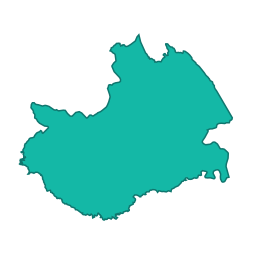 Sanamxay, Attapu, Laos, rotated 275°
{"feature_id": "54806243B21104398525557", "entity_name": "Sanamxay", "entity_type": "district", "adm_level": 2, "iso_a3": "LAO", "parent_name": "Laos", "parent_adm1": "Attapu", "projection": "robinson", "projection_center": [106.401, 14.728], "detail": "fine", "context": "isolated", "style": "filled", "palette": "teal", "viewbox_px": 256, "rotation_deg": 275, "n_neighbors": 0, "source": "geoboundaries", "source_scale": "gbopen_adm2", "svg_char_len": 5724}
<svg xmlns="http://www.w3.org/2000/svg" viewBox="0 0 256 256"><g transform="rotate(275 128 128)"><path d="M46.5,73.9L45.7,77.4L44.4,78.4L44.1,80.5L43.5,82.1L42.0,82.8L42.1,83.9L41.8,84.9L39.4,88.8L39.3,90.1L38.6,89.8L37.8,90.9L37.9,92.0L37.5,93.6L38.6,94.9L37.6,97.4L37.9,98.1L38.6,98.3L39.0,98.8L37.8,100.2L35.4,100.7L36.4,102.4L37.8,102.0L38.3,102.3L37.7,104.0L38.0,104.8L39.7,105.5L40.3,105.4L40.6,105.7L40.3,106.3L39.1,107.4L39.1,107.9L38.5,108.1L38.1,108.8L36.5,108.3L36.4,108.7L37.0,109.1L37.0,109.5L35.8,110.5L34.7,110.9L34.2,112.1L34.4,112.6L35.3,113.0L35.0,114.0L35.3,115.2L36.1,115.6L36.4,116.1L36.4,118.0L35.8,119.1L37.1,120.0L37.3,120.8L38.0,120.4L37.5,122.1L36.8,122.5L36.2,124.0L37.8,125.3L38.6,123.6L39.3,123.2L39.7,123.6L40.9,123.1L41.5,124.5L40.5,124.4L41.1,125.5L40.8,126.3L41.7,126.2L41.3,127.0L41.8,127.8L42.8,127.7L42.4,129.2L42.6,130.4L43.9,130.7L44.4,132.0L45.1,133.2L45.1,133.9L45.5,134.4L44.9,135.1L46.0,136.4L46.9,136.3L47.5,135.7L49.1,136.0L49.8,136.5L50.5,136.3L52.6,139.8L54.3,139.6L54.2,140.4L54.5,140.9L57.0,141.7L58.0,141.5L59.8,139.2L61.8,140.4L62.0,142.4L61.4,144.5L60.5,145.6L60.6,146.7L61.4,146.9L62.1,148.0L63.3,148.8L63.1,150.9L63.4,151.6L64.8,151.0L66.0,152.2L66.3,154.6L67.7,155.1L68.1,155.9L68.2,157.0L68.8,157.9L68.8,160.1L68.5,161.1L67.9,162.0L66.5,163.1L68.2,164.2L67.6,167.4L67.9,168.9L67.7,171.7L69.0,173.9L68.4,176.4L70.3,176.6L71.2,177.2L72.1,179.0L73.2,180.1L74.8,183.1L77.9,185.6L79.4,186.2L79.8,187.6L81.1,188.5L80.8,189.9L81.1,190.5L82.0,189.3L82.7,189.5L83.3,190.1L83.5,191.3L82.3,192.6L82.3,194.6L82.6,196.0L84.0,198.1L84.1,199.0L83.9,200.2L84.5,201.7L87.0,202.3L87.2,202.8L87.1,204.6L87.5,205.2L90.7,204.6L92.0,206.0L91.5,209.7L91.0,210.5L90.1,210.5L86.8,208.9L86.1,208.9L85.3,209.5L85.2,211.4L85.6,214.3L84.9,218.1L85.4,218.8L86.5,219.0L90.1,216.8L91.7,216.8L92.8,217.5L93.8,219.2L94.2,220.8L93.9,222.0L93.0,222.9L90.2,224.3L87.3,224.3L85.2,224.7L82.8,226.1L82.4,226.9L82.6,228.1L83.3,229.1L87.1,230.8L87.8,232.9L98.3,229.0L100.9,229.1L106.6,230.3L111.3,230.1L112.2,229.7L115.2,225.9L115.5,224.3L115.3,222.3L115.5,221.6L119.8,218.5L121.4,215.9L121.5,214.9L121.2,213.8L119.6,212.2L119.0,211.2L118.1,206.8L118.5,205.4L119.8,203.6L120.5,203.2L121.8,203.4L125.4,205.4L131.4,208.0L132.2,208.0L132.9,207.2L134.2,209.6L134.5,212.0L135.9,215.4L136.4,216.0L138.4,216.2L139.4,216.6L140.4,218.0L140.9,220.5L140.9,224.0L141.8,225.5L142.0,228.4L144.5,229.1L144.9,230.2L145.6,230.8L147.3,231.0L172.7,213.0L174.9,211.1L176.4,210.4L177.7,210.3L179.3,208.8L181.3,208.1L182.4,205.7L184.1,204.7L184.4,204.1L185.2,203.7L187.3,201.0L189.5,199.3L195.5,193.6L197.7,190.3L198.9,189.8L201.9,185.8L203.6,185.4L206.1,183.1L207.8,180.9L209.4,178.1L209.5,176.5L207.7,176.3L207.2,175.9L207.8,173.9L207.5,172.5L207.7,171.4L207.3,170.2L207.5,169.1L208.2,168.4L209.3,168.2L211.3,166.9L211.5,166.0L212.4,165.1L212.5,163.2L213.7,161.6L215.2,160.2L215.2,158.4L214.3,158.3L212.3,159.5L210.5,160.1L209.8,161.1L208.6,161.6L207.6,161.8L206.4,161.0L203.9,161.5L203.5,160.4L204.2,159.4L205.3,158.4L205.2,157.7L204.3,156.9L203.8,156.8L202.4,158.4L201.6,158.4L200.7,157.0L198.3,155.7L197.0,155.3L196.8,154.8L197.0,153.6L196.9,152.1L196.0,150.3L196.3,149.6L196.1,149.0L197.9,148.4L197.8,147.9L199.2,145.6L199.2,145.0L198.6,143.8L199.5,143.4L199.7,142.5L200.4,142.8L200.9,141.8L203.2,140.3L204.2,139.0L214.7,133.1L221.8,130.7L219.6,129.1L215.3,127.7L211.6,123.6L209.8,121.2L209.1,119.7L209.1,118.3L210.4,117.1L210.3,116.5L210.5,116.4L210.2,115.2L209.6,115.1L209.6,114.5L209.2,113.8L209.8,113.8L210.2,112.9L210.7,112.5L211.4,112.6L211.4,112.0L211.7,111.7L211.2,109.1L209.8,108.2L209.1,107.1L207.2,105.8L206.3,104.3L205.4,104.3L203.3,103.4L202.9,105.0L201.8,106.0L200.8,108.1L200.1,108.8L193.8,110.2L191.4,108.1L188.5,106.6L187.8,106.7L182.9,109.3L177.5,115.3L175.9,116.3L173.9,116.4L172.9,115.5L171.9,111.7L170.9,109.5L169.3,108.2L169.6,106.5L169.3,105.4L168.9,105.0L166.6,104.7L165.7,104.2L159.9,106.7L157.4,107.5L152.5,106.6L148.7,105.4L146.9,104.5L143.1,100.6L141.9,99.2L140.4,96.4L139.4,95.6L138.8,94.5L137.0,92.4L136.9,91.4L137.6,90.3L137.6,89.1L137.2,88.5L134.9,86.9L134.4,86.3L134.4,85.7L138.9,80.6L140.0,78.0L138.9,74.6L134.9,71.3L134.8,69.4L137.2,66.4L140.1,64.0L140.1,62.0L139.1,57.7L139.1,57.0L140.0,55.2L139.5,54.3L139.6,52.8L142.6,47.5L143.2,44.8L143.3,43.4L142.4,40.9L143.3,36.8L143.5,34.3L143.8,33.6L145.0,32.3L144.8,30.6L144.4,30.3L143.0,29.7L139.7,29.6L137.5,31.7L136.5,32.3L135.0,32.4L133.7,33.8L132.2,34.2L130.6,34.1L129.7,34.4L129.0,36.0L126.9,37.3L125.1,39.4L122.7,44.7L122.6,47.9L121.9,48.6L121.1,48.6L115.5,43.9L115.4,43.2L117.4,42.1L117.8,41.2L116.5,40.2L116.0,39.0L115.0,37.4L112.4,35.7L110.8,35.2L110.0,33.8L109.5,31.7L108.8,30.7L106.9,29.9L105.7,28.7L103.9,27.9L103.5,27.0L101.8,26.5L99.8,26.6L97.2,25.3L95.9,25.5L94.7,23.6L94.2,24.1L94.6,26.2L94.1,26.4L92.7,25.9L91.5,26.6L89.7,26.7L90.2,28.2L89.6,28.4L88.6,27.0L87.8,24.9L87.3,27.1L86.8,27.4L86.7,23.6L86.6,23.4L86.3,23.3L85.7,23.9L85.4,24.9L84.9,25.3L84.7,25.2L84.6,23.7L84.3,23.8L83.9,24.6L83.9,25.8L83.4,26.0L83.2,25.4L83.2,23.5L82.7,23.1L82.3,23.7L82.4,24.9L82.0,25.9L82.1,27.4L81.8,29.3L81.0,30.0L80.2,31.9L79.3,32.1L78.8,31.9L77.3,33.1L75.4,33.5L73.4,32.4L73.5,33.1L73.9,33.8L75.0,34.3L75.2,34.7L75.3,36.0L75.0,36.6L75.3,37.2L74.7,38.2L75.8,39.7L76.0,41.4L75.6,42.8L74.6,43.9L74.6,44.3L74.0,45.3L73.4,45.3L73.6,45.9L71.7,47.1L69.8,47.4L68.1,48.5L66.8,48.7L66.2,49.3L64.8,49.8L64.0,50.6L61.6,50.6L60.3,51.9L58.3,52.7L58.1,53.1L59.0,55.2L59.1,56.2L57.2,56.7L57.1,58.2L56.3,58.4L55.8,59.8L54.5,60.2L53.9,60.8L52.8,62.9L51.7,63.3L51.6,63.7L52.0,64.8L51.7,65.8L52.1,66.3L52.0,66.8L51.0,68.4L50.5,68.3L49.9,68.8L49.0,68.9L47.9,69.8L47.7,70.7L46.8,71.8L47.4,73.4L46.5,73.9Z" fill="#14b8a6" stroke="#0f766e" stroke-width="1.5"/></g></svg>